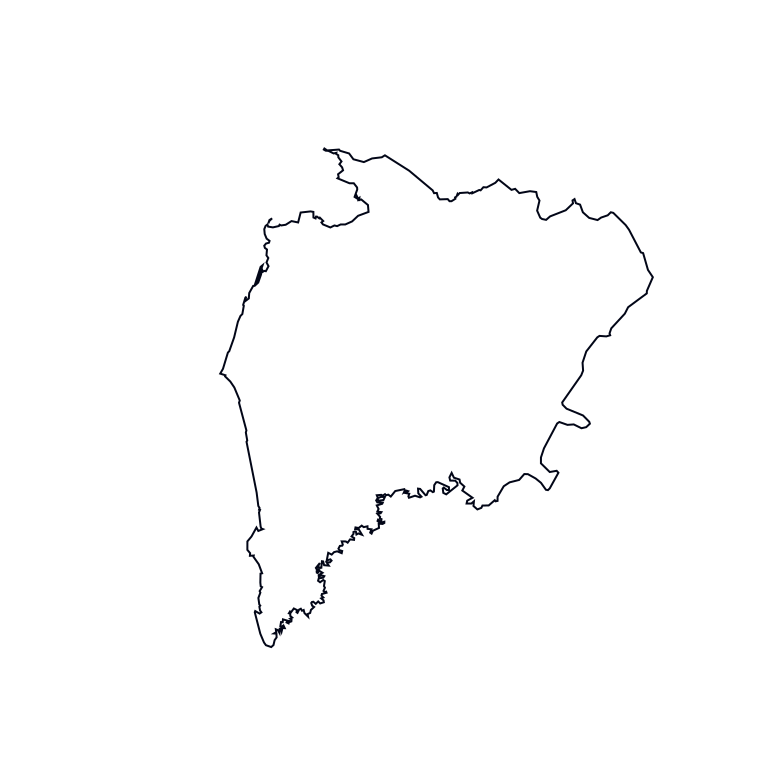 the district of Aceh Timur, Aceh, Indonesia, rotated 219°
{"feature_id": "22746128B94735591859977", "entity_name": "Aceh Timur", "entity_type": "district", "adm_level": 2, "iso_a3": "IDN", "parent_name": "Indonesia", "parent_adm1": "Aceh", "projection": "albers", "projection_center": [97.761, 4.703], "detail": "fine", "context": "isolated", "style": "outline", "palette": "ink", "viewbox_px": 768, "rotation_deg": 219, "n_neighbors": 0, "source": "geoboundaries", "source_scale": "gbopen_adm2", "svg_char_len": 6170}
<svg xmlns="http://www.w3.org/2000/svg" viewBox="0 0 768 768"><g transform="rotate(219 384 384)"><path d="M578.5,529.5L578.3,528.3L576.2,528.6L573.9,530.2L568.2,531.5L566.6,533.6L566.3,532.7L563.5,533.0L562.1,531.4L557.1,530.2L557.0,526.7L552.9,526.0L550.3,524.3L551.7,518.1L549.4,516.2L549.6,514.6L537.1,518.3L533.8,521.0L528.6,519.8L527.2,518.3L524.6,510.9L522.0,511.2L523.1,512.8L520.7,511.7L520.3,513.2L519.2,511.6L520.5,511.4L519.7,510.6L517.8,513.1L509.1,513.0L504.3,508.0L510.0,498.4L511.1,490.3L514.5,483.6L518.1,480.7L519.8,477.2L522.3,476.0L524.2,471.9L531.9,469.6L534.3,470.2L533.8,472.4L538.5,472.9L538.5,472.0L541.5,471.9L542.2,471.3L541.4,469.6L543.6,469.0L547.2,473.3L549.7,471.9L556.7,464.8L552.4,455.5L558.4,452.4L560.6,445.9L563.7,442.5L565.4,442.1L565.1,440.6L568.9,435.8L573.1,433.4L575.0,434.6L575.5,432.3L574.5,429.0L571.1,425.5L566.7,423.1L563.0,423.2L562.3,421.4L564.1,418.9L564.1,416.1L562.2,414.8L559.6,414.9L556.3,410.0L553.2,409.1L551.8,404.5L547.9,402.9L546.8,397.3L548.3,396.5L549.4,393.0L548.5,391.8L545.6,383.7L546.3,378.9L547.4,377.9L546.0,369.9L542.9,365.4L544.2,360.2L545.9,365.2L546.1,363.9L543.2,356.8L542.2,356.6L538.1,349.2L538.4,346.6L536.7,340.4L529.8,325.9L524.9,312.1L525.1,310.2L518.7,294.5L517.8,289.0L512.7,291.0L512.3,289.9L505.0,289.2L498.1,287.1L485.7,280.4L484.9,278.2L461.7,261.3L460.9,259.4L454.7,254.0L454.5,252.6L414.7,219.5L404.9,210.1L402.6,209.3L402.0,207.7L401.1,208.1L400.3,205.5L390.1,195.5L388.4,194.5L386.8,195.0L389.2,190.7L392.8,192.2L391.0,182.1L391.1,175.7L385.8,169.1L381.6,168.3L380.1,166.1L377.3,168.7L376.8,167.6L367.9,165.1L359.6,160.2L360.6,158.9L355.1,151.8L352.5,149.2L350.9,149.4L350.3,144.8L348.8,144.1L347.0,138.7L342.2,134.2L340.7,133.9L340.7,132.5L337.8,130.0L335.6,129.4L336.2,127.3L341.2,126.5L340.8,125.3L323.0,112.1L314.6,107.6L311.4,106.7L306.1,108.6L305.6,111.6L307.8,116.1L308.0,119.5L310.5,122.3L312.5,120.9L311.6,123.3L313.7,125.3L311.5,126.0L308.6,124.8L311.1,128.2L310.4,129.1L307.8,127.2L309.3,130.5L307.5,131.8L310.2,133.1L310.9,130.8L312.1,130.5L314.2,134.2L312.8,135.1L314.4,137.5L309.9,139.4L309.6,137.4L307.5,137.9L309.0,140.9L307.7,139.4L306.6,141.2L307.6,142.7L309.3,142.5L308.3,144.7L310.9,144.8L312.4,146.6L313.6,146.0L313.9,148.1L312.6,148.1L312.8,152.8L309.2,153.6L308.4,151.6L307.2,151.7L308.0,155.2L307.2,157.0L305.0,156.2L304.2,157.8L301.6,155.9L296.6,155.4L298.6,157.1L297.3,159.6L298.6,162.4L298.0,166.7L300.3,166.5L302.7,168.0L302.8,169.2L301.9,170.3L298.7,170.2L298.3,173.6L295.5,173.3L293.4,176.5L294.8,177.8L297.9,177.9L296.8,179.9L299.4,180.2L300.1,181.7L297.3,185.6L298.3,186.2L299.2,184.9L300.8,185.1L301.7,188.5L303.5,189.2L306.0,193.6L307.9,193.4L308.9,189.7L311.4,189.6L312.4,191.9L309.3,195.3L309.5,197.1L311.8,196.1L313.6,193.5L314.5,194.4L313.0,198.6L316.7,198.1L316.6,195.4L317.5,195.1L318.6,196.2L318.1,198.8L319.9,197.7L321.2,198.2L321.2,204.5L320.3,199.9L317.1,201.8L320.7,207.2L319.7,207.8L316.5,205.5L312.6,208.1L316.4,209.3L313.8,211.4L313.6,213.7L315.3,214.0L317.5,210.9L321.1,217.7L317.3,218.5L317.0,221.9L315.1,224.5L310.4,225.9L311.4,227.9L314.2,226.8L315.8,227.4L316.4,230.4L314.7,232.1L314.9,233.2L317.8,235.1L314.6,237.6L312.4,237.8L312.6,241.9L309.2,244.0L310.2,245.5L313.3,245.1L313.4,248.4L314.6,249.7L313.9,251.1L312.8,251.5L310.7,249.7L309.9,251.7L306.2,253.0L312.0,255.1L315.1,253.1L315.9,254.6L313.1,256.1L312.2,259.9L309.7,260.0L307.3,263.0L305.6,261.1L302.3,263.2L301.2,259.8L299.5,259.9L300.3,262.9L297.3,269.0L300.2,272.1L297.0,274.4L296.3,276.2L297.1,277.2L299.5,273.9L302.8,273.5L303.2,274.7L300.3,274.8L300.2,276.3L300.9,277.4L302.6,276.7L303.4,278.3L307.5,279.0L305.3,281.4L305.4,282.8L308.9,280.7L309.6,283.5L313.2,285.1L310.0,289.8L310.3,291.0L314.7,287.8L316.8,288.6L317.0,290.4L314.5,290.1L311.4,293.5L312.2,296.7L315.3,294.4L316.9,291.5L319.6,293.0L316.3,296.2L314.7,296.4L313.9,299.0L312.5,298.8L311.0,300.7L307.9,300.8L307.9,307.9L302.0,315.1L300.9,314.6L300.3,312.4L299.4,315.3L297.8,315.9L298.3,313.0L295.3,314.6L294.3,312.0L293.0,311.3L289.6,316.7L284.6,318.6L284.0,320.0L288.5,320.6L291.7,324.1L289.9,325.2L281.7,323.7L281.0,324.6L282.2,328.7L281.0,330.5L278.0,330.7L277.5,331.8L281.3,337.0L281.6,340.5L280.4,341.6L268.6,344.7L266.8,342.5L268.4,341.2L272.4,341.1L272.6,339.8L269.4,336.7L266.2,337.4L263.1,351.5L264.7,353.3L267.8,353.7L271.8,350.6L274.4,352.6L275.5,357.5L270.7,355.2L265.2,357.3L262.7,355.2L257.0,354.9L256.1,350.5L243.6,351.3L245.9,345.7L244.6,343.1L240.9,346.1L240.3,349.4L237.7,345.5L232.5,345.3L230.4,349.0L231.0,351.5L226.2,355.5L224.8,363.4L223.5,363.0L222.2,364.6L224.8,367.9L226.6,379.9L224.5,386.6L218.6,394.5L218.3,402.3L215.4,404.5L206.7,406.0L199.8,406.0L191.6,403.7L189.8,404.7L189.5,407.2L192.6,424.8L195.2,425.2L199.8,419.9L212.1,421.1L215.8,425.7L219.2,434.7L224.6,462.3L223.8,464.8L215.7,467.7L211.1,472.0L202.7,473.9L199.7,477.7L199.0,482.7L200.7,483.8L209.5,484.8L226.6,479.7L232.1,480.3L233.9,481.8L236.2,514.9L237.7,519.7L243.1,525.5L247.3,536.6L247.6,554.5L246.8,557.0L241.2,560.9L238.9,564.2L240.6,565.3L242.4,570.3L241.1,590.2L242.6,597.3L236.8,619.8L238.3,621.8L242.3,636.2L250.7,638.8L265.0,648.8L267.2,647.9L290.7,658.1L296.2,659.6L313.5,661.3L315.8,660.2L316.3,655.9L320.0,650.0L321.2,645.8L329.1,642.2L337.5,642.6L344.5,646.8L348.6,645.3L352.3,647.6L353.0,645.3L350.8,643.3L352.1,633.4L360.4,618.8L361.3,613.6L365.0,611.7L367.3,611.6L374.1,615.1L378.6,624.4L382.7,625.9L386.5,629.0L391.9,625.7L399.0,617.5L404.9,618.2L407.1,615.1L423.7,615.0L424.1,610.4L428.0,601.3L430.6,599.5L430.8,595.3L432.1,594.7L435.4,587.8L436.1,588.5L437.4,586.0L439.4,585.6L445.4,580.0L445.5,577.7L446.5,578.0L445.6,575.2L446.2,573.7L445.1,572.9L446.6,568.5L448.1,567.3L450.8,567.8L456.8,562.6L459.4,563.0L463.2,565.7L465.2,563.8L468.0,565.1L498.7,565.6L527.2,562.3L528.4,558.8L535.2,551.8L539.3,543.8L549.2,539.4L556.2,541.2L564.9,537.6L566.5,537.9L575.1,529.8L578.5,529.5ZM553.6,397.4L546.4,378.8L546.8,385.4L547.7,385.2L553.1,399.9L553.6,397.4ZM575.2,442.3L576.2,439.3L575.0,436.0L575.7,438.8L575.2,442.3ZM550.2,395.8L550.4,394.1L549.8,393.3L549.4,395.2L550.2,395.8ZM549.7,392.0L549.3,390.9L548.6,390.1L548.6,391.0L549.7,392.0Z" fill="none" stroke="#020617" stroke-width="2"/></g></svg>